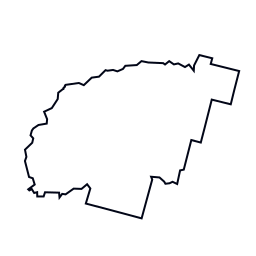 Clark, Arkansas, United States of America (Robinson projection), rotated 103°
{"feature_id": "52423323B93240032804570", "entity_name": "Clark", "entity_type": "district", "adm_level": 2, "iso_a3": "USA", "parent_name": "United States of America", "parent_adm1": "Arkansas", "projection": "robinson", "projection_center": [-93.197, 34.055], "detail": "fine", "context": "isolated", "style": "outline", "palette": "ink", "viewbox_px": 256, "rotation_deg": 103, "n_neighbors": 0, "source": "geoboundaries", "source_scale": "gbopen_adm2", "svg_char_len": 1306}
<svg xmlns="http://www.w3.org/2000/svg" viewBox="0 0 256 256"><g transform="rotate(103 128 128)"><path d="M47.5,32.5L47.0,61.8L41.1,61.6L40.9,74.9L52.2,77.7L57.4,76.8L52.5,82.9L55.8,86.2L53.8,93.6L55.7,97.6L53.6,102.9L57.8,106.2L56.9,108.3L59.6,122.9L59.8,129.9L64.7,133.6L68.0,144.6L71.6,146.2L75.2,151.1L74.8,155.6L76.8,160.9L76.7,162.9L84.5,167.8L87.1,174.7L96.2,180.7L95.2,186.0L100.0,198.5L100.3,198.7L100.6,198.9L100.9,199.0L101.1,198.9L101.3,198.8L101.5,198.7L101.9,198.7L102.0,198.9L102.0,199.0L102.5,199.2L103.0,199.6L103.3,199.8L103.6,199.9L103.9,199.9L104.2,199.7L104.3,199.6L104.5,199.7L104.5,200.0L109.3,203.9L115.6,203.0L125.7,206.7L131.0,213.4L137.6,208.8L142.0,208.2L145.2,215.9L149.7,220.1L152.1,221.1L157.1,221.3L159.4,218.0L163.9,218.0L172.3,223.5L179.0,220.5L183.3,221.0L198.0,213.4L198.4,209.5L204.1,206.2L210.2,211.4L211.0,210.1L209.2,208.0L212.4,204.8L211.0,202.1L215.1,201.0L213.7,194.8L209.3,194.4L206.5,180.6L211.1,179.1L207.0,177.3L206.7,173.9L199.3,167.3L197.8,159.6L192.0,155.2L195.4,151.1L211.1,152.1L212.3,113.7L213.0,94.4L172.8,92.8L170.3,94.5L169.1,86.2L172.1,80.7L173.9,79.0L172.5,75.1L170.4,72.5L171.5,67.5L157.6,67.7L156.0,64.3L125.5,63.6L125.8,53.8L111.0,53.4L83.1,52.8L81.5,52.8L81.8,33.2L67.2,33.0L47.5,32.5Z" fill="none" stroke="#020617" stroke-width="2"/></g></svg>